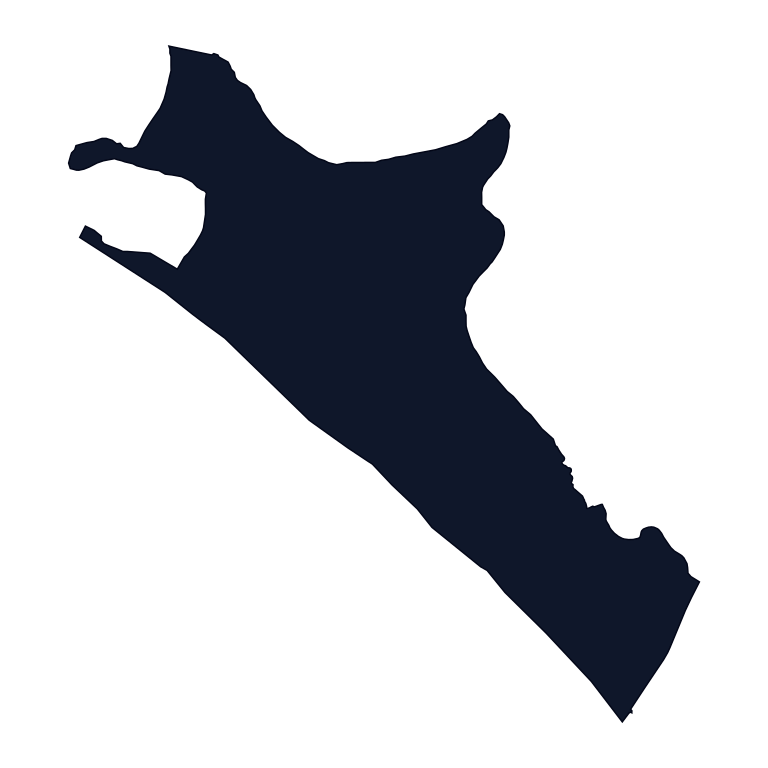 the district of Ilaje, Ondo, Nigeria
{"feature_id": "59680162B44253410475450", "entity_name": "Ilaje", "entity_type": "district", "adm_level": 2, "iso_a3": "NGA", "parent_name": "Nigeria", "parent_adm1": "Ondo", "projection": "mercator", "projection_center": [4.771, 6.193], "detail": "fine", "context": "isolated", "style": "filled", "palette": "ink", "viewbox_px": 768, "rotation_deg": 0, "n_neighbors": 0, "source": "geoboundaries", "source_scale": "gbopen_adm2", "svg_char_len": 4436}
<svg xmlns="http://www.w3.org/2000/svg" viewBox="0 0 768 768"><path d="M622.3,721.9L628.9,713.1L630.7,712.1L631.8,712.8L631.9,710.8L630.6,709.2L644.9,687.5L663.6,659.6L667.7,652.5L670.0,647.5L685.4,610.3L691.4,597.6L699.4,581.9L690.9,576.6L688.0,573.2L687.6,567.5L687.0,563.7L683.9,557.9L681.8,555.7L679.5,554.2L674.4,551.1L670.8,547.6L668.0,543.6L663.7,537.3L661.6,533.3L659.1,530.1L657.6,528.8L653.9,527.2L651.4,526.9L648.5,527.2L646.0,528.0L643.4,529.1L641.9,530.6L641.2,532.0L640.6,535.2L640.0,537.1L638.5,538.3L633.1,539.5L628.6,539.6L624.5,539.1L622.4,538.5L618.5,536.5L614.4,533.3L611.3,529.9L609.8,527.7L608.8,525.3L607.2,522.7L606.2,520.9L605.8,519.4L606.1,513.7L605.1,510.2L603.5,507.3L602.3,504.4L601.3,504.4L594.4,506.9L593.8,506.7L592.8,506.2L591.2,506.9L589.6,507.8L587.6,508.5L586.7,508.3L586.7,507.1L586.4,505.6L585.8,503.4L585.0,501.9L584.5,501.6L584.4,501.2L584.5,500.2L583.9,499.3L582.5,496.1L577.2,491.5L575.4,489.9L573.6,488.5L572.9,486.9L573.0,484.6L571.5,483.5L571.3,482.3L571.8,481.4L572.3,479.6L572.6,478.2L572.2,476.5L570.3,474.7L569.9,473.7L570.1,473.0L571.1,471.6L571.3,470.7L571.2,469.2L570.5,468.3L569.1,467.8L567.8,467.8L566.5,466.5L565.5,465.7L564.2,465.3L562.8,464.4L561.8,463.0L561.9,462.2L562.6,461.6L563.9,460.5L564.3,459.6L564.5,458.3L563.9,456.9L561.5,454.2L558.7,449.9L557.1,446.8L556.4,446.2L555.6,446.2L553.3,439.1L542.0,429.0L537.9,423.9L530.7,414.8L523.5,408.7L519.4,403.6L513.3,396.5L507.1,391.4L501.0,384.3L494.8,377.2L486.6,369.1L482.5,363.0L479.4,356.9L476.3,351.8L473.3,347.7L471.2,342.6L469.1,336.5L467.1,330.4L466.1,326.2L466.0,321.2L466.0,315.1L464.9,312.0L463.9,309.0L464.1,308.1L464.9,304.9L465.9,297.7L468.9,292.6L470.9,288.5L472.9,284.4L476.0,280.3L479.0,276.2L483.0,272.1L487.1,268.0L490.1,263.9L492.2,261.8L493.1,260.4L494.2,258.8L500.3,249.4L502.3,244.3L503.3,240.2L504.3,235.1L504.3,232.0L503.2,225.9L499.1,219.8L494.0,216.8L490.9,213.7L488.9,211.7L485.8,209.7L481.7,204.6L481.7,197.4L481.6,192.3L482.6,187.2L483.6,185.2L487.7,179.0L490.7,175.9L493.8,171.8L495.8,169.8L497.8,167.7L500.9,163.6L502.9,159.5L503.9,157.5L505.9,152.3L506.9,148.3L507.9,143.1L508.8,137.1L508.8,136.2L508.8,134.1L508.8,130.0L509.8,125.9L508.7,122.8L504.6,116.7L502.6,114.7L499.5,113.7L496.5,116.8L492.4,119.9L488.3,120.9L486.3,124.0L481.2,128.1L475.1,133.2L472.1,136.3L467.0,139.4L456.9,143.6L445.7,146.7L435.5,149.8L413.1,154.0L404.9,156.1L395.8,157.2L388.7,159.3L381.5,160.3L375.4,162.4L368.3,162.4L366.8,162.4L361.9,162.5L359.1,162.5L352.0,162.5L346.9,162.6L342.8,163.6L336.7,164.7L328.5,162.7L324.4,160.6L318.3,158.6L313.2,155.6L308.1,152.6L304.0,149.5L298.9,145.5L292.7,141.4L285.6,137.4L279.4,132.3L279.2,132.1L275.3,128.2L274.5,127.4L272.4,125.3L272.3,125.2L269.2,121.1L266.1,117.0L262.0,110.9L259.9,105.8L255.8,99.7L254.8,97.7L253.8,94.6L250.7,89.5L246.6,85.5L240.4,82.5L237.4,80.4L235.3,77.4L234.3,72.3L231.2,69.2L230.2,66.2L228.1,62.1L225.8,60.8L222.8,59.2L218.9,57.0L217.9,55.0L213.8,53.6L211.7,55.0L193.8,51.3L168.9,46.1L169.9,49.1L169.9,53.2L171.0,56.3L171.0,61.4L171.0,65.5L171.1,70.6L170.1,74.7L169.1,78.8L168.1,83.9L167.1,87.0L166.1,92.1L164.1,99.2L160.1,108.4L158.0,111.5L154.4,116.7L153.0,118.7L148.9,124.8L144.9,131.0L143.9,133.0L141.9,137.1L138.9,143.3L136.8,146.4L134.7,147.4L132.8,148.4L128.7,148.5L123.6,147.5L120.2,143.3L116.6,143.8L112.3,140.4L106.2,138.4L102.1,138.4L99.1,139.4L94.0,141.5L86.9,142.6L76.0,145.6L74.7,149.8L71.6,152.9L70.6,155.9L68.6,163.1L70.3,168.5L73.5,169.3L76.3,170.1L78.9,170.2L84.0,169.1L89.0,167.1L93.1,165.0L97.2,162.9L103.3,160.8L108.4,159.8L114.5,158.7L117.5,159.7L121.6,160.7L124.7,161.8L132.8,163.7L136.9,165.8L142.0,167.1L149.2,169.1L159.1,170.6L165.1,174.1L172.0,174.9L181.5,176.6L188.4,179.8L192.5,182.1L195.3,185.0L197.3,187.0L201.8,189.8L204.6,190.9L206.4,193.0L205.4,199.2L205.4,203.3L205.5,208.4L205.5,214.5L203.5,227.8L202.5,230.9L200.5,235.0L197.5,240.1L194.5,245.1L191.4,249.2L188.4,253.3L184.4,256.9L177.3,269.2L150.2,253.2L127.6,251.5L122.9,251.5L116.9,248.9L110.3,246.4L104.0,243.8L101.4,241.0L101.3,236.3L97.0,232.8L94.2,230.4L85.4,226.1L79.7,237.4L165.1,292.4L192.4,314.1L199.5,319.5L206.6,324.8L224.5,337.9L224.8,338.1L236.0,349.0L300.1,411.3L309.3,420.3L327.9,433.6L339.8,442.1L347.9,447.9L368.8,461.8L370.0,462.5L372.5,464.2L387.5,480.1L387.8,480.4L391.9,484.8L417.3,508.9L432.0,527.4L480.7,566.8L487.1,570.4L505.0,592.5L545.9,632.9L591.3,681.4L603.8,697.7L622.3,721.9Z" fill="#0f172a" stroke="#020617" stroke-width="1.5"/></svg>